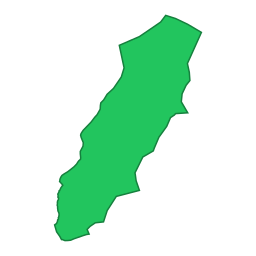 outline of Irepodun, Osun, Nigeria
{"feature_id": "59680162B77368104900520", "entity_name": "Irepodun", "entity_type": "district", "adm_level": 2, "iso_a3": "NGA", "parent_name": "Nigeria", "parent_adm1": "Osun", "projection": "albers", "projection_center": [4.504, 7.901], "detail": "fine", "context": "isolated", "style": "filled", "palette": "green", "viewbox_px": 256, "rotation_deg": 0, "n_neighbors": 0, "source": "geoboundaries", "source_scale": "gbopen_adm2", "svg_char_len": 1582}
<svg xmlns="http://www.w3.org/2000/svg" viewBox="0 0 256 256"><path d="M119.3,45.3L124.1,67.9L121.3,77.0L113.5,88.4L107.1,94.3L103.7,99.9L100.8,102.9L100.4,105.4L100.2,109.2L97.1,114.7L94.8,117.2L91.0,122.2L83.2,130.3L81.1,133.5L80.6,135.2L81.2,137.5L83.3,142.7L83.0,146.2L80.3,151.4L80.3,153.8L80.7,157.8L80.5,159.3L78.7,160.9L77.7,162.3L76.7,164.0L73.9,166.9L67.8,171.7L64.0,174.0L62.0,175.4L60.8,177.2L60.0,179.2L59.8,180.9L59.6,181.6L60.4,182.3L61.3,183.4L62.2,184.3L62.3,184.7L62.8,185.2L62.2,186.0L61.8,186.6L60.9,187.8L59.6,190.7L59.1,190.8L58.9,192.1L57.9,193.9L57.8,194.2L58.1,195.3L58.1,195.8L58.0,196.2L58.0,196.6L58.0,196.8L57.9,197.1L58.0,197.4L58.5,197.8L58.5,198.7L58.4,199.4L58.2,200.0L57.6,200.9L57.5,201.7L57.3,202.2L57.5,202.7L57.2,205.4L57.6,206.4L57.6,208.3L57.9,210.0L57.9,210.8L58.9,213.0L59.1,214.9L58.8,216.3L58.8,217.0L58.4,217.4L58.3,217.8L58.5,219.0L58.1,219.4L57.8,219.7L57.6,220.0L57.7,220.7L57.5,220.9L57.4,221.4L57.2,222.1L56.4,223.7L55.5,224.2L54.6,224.9L56.6,231.8L59.8,236.4L61.5,239.6L62.1,239.5L63.2,239.9L64.9,240.6L67.9,240.5L70.7,240.2L73.9,238.8L83.1,235.6L86.6,234.5L89.1,234.1L87.1,229.4L90.0,226.4L95.3,222.8L103.5,221.9L107.2,210.5L116.3,196.4L139.4,190.4L136.1,180.7L135.2,173.8L134.9,173.0L142.8,157.0L153.3,150.9L154.2,148.3L158.9,137.2L166.7,126.4L170.5,117.6L174.4,115.0L175.6,113.6L187.7,112.8L181.3,101.8L182.1,93.8L186.1,85.3L189.9,80.5L189.3,72.3L187.4,63.5L201.4,32.4L187.5,24.2L175.5,18.5L165.7,15.4L160.6,22.1L150.1,29.3L139.4,36.6L130.8,40.3L124.9,42.9L119.3,45.3Z" fill="#22c55e" stroke="#15803d" stroke-width="1.5"/></svg>